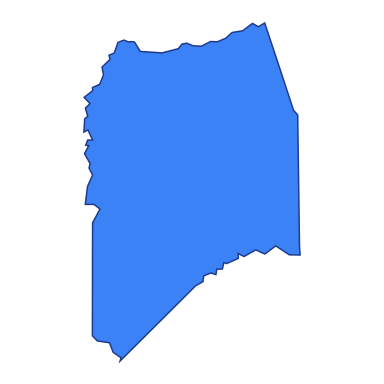 San Joaquin, California, United States of America (orthographic projection)
{"feature_id": "52423323B84556352970709", "entity_name": "San Joaquin", "entity_type": "district", "adm_level": 2, "iso_a3": "USA", "parent_name": "United States of America", "parent_adm1": "California", "projection": "orthographic", "projection_center": [-121.338, 37.891], "detail": "fine", "context": "isolated", "style": "filled", "palette": "blue", "viewbox_px": 384, "rotation_deg": 0, "n_neighbors": 0, "source": "geoboundaries", "source_scale": "gbopen_adm2", "svg_char_len": 1023}
<svg xmlns="http://www.w3.org/2000/svg" viewBox="0 0 384 384"><path d="M264.7,23.0L258.3,26.7L252.5,23.4L242.6,30.8L232.1,32.5L225.9,38.1L217.4,41.8L210.6,41.5L201.4,46.2L193.3,45.8L186.3,43.1L185.1,43.6L182.1,44.0L178.3,48.7L162.0,52.9L140.3,51.4L134.5,42.0L131.0,41.6L128.3,41.9L124.0,40.1L118.0,42.4L114.2,53.1L109.0,55.2L110.1,59.3L102.0,67.1L103.5,74.9L99.7,84.3L92.5,87.5L92.6,90.7L84.1,97.4L90.0,103.6L85.4,108.1L87.7,116.4L84.7,118.8L83.9,132.1L87.9,129.9L92.6,140.0L87.7,140.0L85.7,145.3L88.7,145.7L84.5,153.7L90.1,163.6L89.0,168.0L92.6,175.0L87.5,186.5L85.3,204.4L93.9,204.4L100.0,209.0L92.6,222.8L92.5,253.1L92.4,335.8L97.3,340.9L109.5,342.8L113.2,352.4L121.0,357.7L120.1,361.0L186.4,295.0L195.6,285.8L203.0,281.6L203.7,275.9L210.9,273.0L215.9,274.6L216.8,269.2L222.4,269.0L223.9,262.5L226.6,263.6L238.3,258.4L238.2,253.6L244.0,256.5L255.8,249.9L264.9,254.0L275.7,245.9L289.3,254.8L300.1,255.0L299.5,246.0L297.7,114.9L293.6,110.4L275.0,53.9L264.7,23.0Z" fill="#3b82f6" stroke="#1e3a8a" stroke-width="1.5"/></svg>